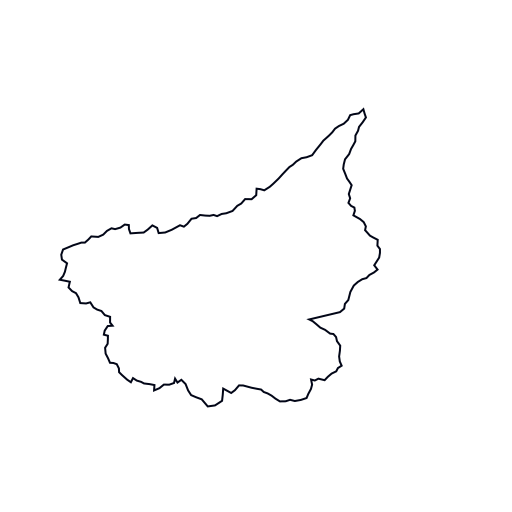 Mandirituba, Paraná, Brazil, rotated 46°
{"feature_id": "56859067B10797338801993", "entity_name": "Mandirituba", "entity_type": "district", "adm_level": 2, "iso_a3": "BRA", "parent_name": "Brazil", "parent_adm1": "Paraná", "projection": "mercator", "projection_center": [-49.327, -25.815], "detail": "fine", "context": "isolated", "style": "outline", "palette": "ink", "viewbox_px": 512, "rotation_deg": 46, "n_neighbors": 0, "source": "geoboundaries", "source_scale": "gbopen_adm2", "svg_char_len": 2903}
<svg xmlns="http://www.w3.org/2000/svg" viewBox="0 0 512 512"><g transform="rotate(46 256 256)"><path d="M281.9,422.7L284.0,417.3L284.5,411.6L288.3,407.8L290.4,403.2L288.0,399.4L292.5,400.4L293.2,395.7L299.2,395.6L305.5,398.2L311.0,399.3L316.0,397.2L321.4,394.6L330.7,395.2L335.0,389.3L336.6,381.0L332.8,376.4L328.6,371.7L337.3,369.0L337.9,364.4L337.3,358.1L340.2,355.2L347.7,350.7L352.0,347.7L355.6,345.1L359.2,344.9L362.9,343.1L367.3,341.8L372.1,341.1L377.2,339.8L381.1,335.6L383.1,331.4L387.3,328.8L390.7,323.7L393.3,318.3L391.5,314.1L389.8,308.8L387.5,305.0L383.1,302.2L386.4,300.2L387.6,296.3L393.0,292.9L392.8,288.2L393.1,283.3L394.7,278.4L393.5,274.9L394.4,270.6L390.1,269.0L386.0,266.0L382.4,261.4L379.0,257.7L373.5,256.9L369.9,254.7L365.9,254.5L363.3,256.6L357.1,257.6L352.2,259.5L346.6,260.0L342.3,260.5L338.6,261.8L354.7,234.6L355.1,229.1L352.2,225.3L351.8,220.2L347.4,213.1L345.2,206.2L345.4,200.8L346.5,195.7L348.6,191.9L348.4,187.6L349.8,182.6L350.2,178.0L344.8,177.4L342.7,168.5L339.9,164.7L337.1,162.0L332.9,161.5L328.9,157.2L323.9,158.9L320.5,159.9L316.4,159.7L313.2,159.6L311.0,156.4L306.5,155.0L301.7,155.5L294.4,157.7L292.2,153.5L289.5,151.6L286.0,152.8L282.0,152.6L279.9,148.2L275.9,146.2L273.8,142.3L271.5,138.0L267.7,137.3L263.5,136.7L258.8,134.7L253.8,132.7L251.1,129.3L248.3,124.8L247.4,118.2L245.0,113.2L243.9,109.3L242.5,104.9L238.4,100.8L236.8,95.6L234.7,92.2L233.9,86.4L232.7,80.7L228.9,78.9L225.0,76.8L224.8,83.1L221.8,87.3L220.1,90.4L221.9,95.3L221.8,101.0L220.1,106.1L219.3,110.7L220.0,115.2L220.1,119.8L219.8,127.4L220.5,131.9L221.4,139.3L222.5,145.6L220.1,151.0L217.2,155.4L216.0,161.5L216.0,166.1L215.2,170.2L215.4,175.7L215.6,180.1L216.0,185.9L216.0,193.5L215.8,198.0L214.5,204.4L211.0,206.4L208.0,208.8L212.4,213.6L212.1,219.7L207.5,224.3L208.0,230.2L206.9,234.6L207.3,241.6L204.6,247.7L201.9,251.5L200.3,256.3L197.0,258.0L194.9,261.4L191.7,264.4L187.6,267.8L187.1,272.7L184.4,276.5L185.2,283.1L184.8,287.5L181.1,289.3L179.7,294.4L178.6,298.4L176.0,305.0L171.9,310.1L167.1,307.6L162.0,309.3L161.8,315.5L161.1,320.5L157.2,325.0L152.5,330.6L148.4,328.7L145.4,326.0L142.2,328.6L141.4,333.8L138.8,338.7L135.7,340.7L134.4,345.8L134.5,351.1L132.7,356.2L127.5,360.9L127.7,365.2L127.5,369.8L125.0,372.4L123.3,376.0L121.3,380.0L120.0,383.4L117.3,390.3L119.8,395.2L123.8,398.1L130.0,397.0L132.3,400.8L134.6,404.4L136.4,408.6L136.8,413.6L140.5,411.0L145.2,407.8L148.4,412.7L153.5,412.7L157.7,411.3L162.4,412.4L167.8,415.1L172.1,411.2L174.2,407.4L180.1,408.6L184.2,407.5L188.2,405.4L193.5,405.8L198.4,403.2L202.5,407.2L206.5,407.6L203.4,411.3L204.6,416.7L206.9,420.1L210.5,417.9L213.2,420.6L216.1,423.7L217.2,428.3L221.8,432.0L226.6,433.4L231.4,435.2L233.9,432.9L237.1,431.3L241.6,432.7L244.5,435.2L248.6,435.1L255.4,434.6L259.9,433.7L258.4,429.3L262.8,428.3L266.7,426.1L269.9,425.1L274.3,421.5L278.3,418.7L281.9,422.7Z" fill="none" stroke="#020617" stroke-width="2"/></g></svg>